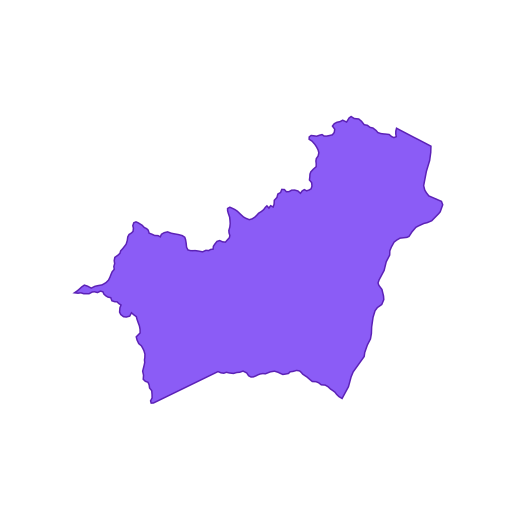 Quiterianópolis, Ceará, Brazil (orthographic projection), rotated 208°
{"feature_id": "56859067B30046972557258", "entity_name": "Quiterianópolis", "entity_type": "district", "adm_level": 2, "iso_a3": "BRA", "parent_name": "Brazil", "parent_adm1": "Ceará", "projection": "orthographic", "projection_center": [-40.719, -5.874], "detail": "fine", "context": "isolated", "style": "filled", "palette": "violet", "viewbox_px": 512, "rotation_deg": 208, "n_neighbors": 0, "source": "geoboundaries", "source_scale": "gbopen_adm2", "svg_char_len": 4167}
<svg xmlns="http://www.w3.org/2000/svg" viewBox="0 0 512 512"><g transform="rotate(208 256 256)"><path d="M115.2,388.9L117.9,391.3L131.6,390.2L135.2,391.8L137.9,393.4L141.0,396.8L145.3,410.7L147.5,421.8L150.3,429.4L153.1,435.1L167.7,435.0L172.2,434.9L187.9,434.8L191.9,434.8L191.2,432.0L189.9,429.4L188.2,427.2L189.8,425.3L192.3,425.1L195.5,425.8L198.8,424.5L200.9,423.6L203.3,422.7L206.4,422.2L208.9,423.2L212.8,423.9L215.8,423.1L219.0,423.7L222.1,422.7L226.1,424.5L229.6,425.2L233.9,423.5L237.5,423.8L238.6,421.6L238.9,416.8L243.2,416.6L244.9,414.1L247.3,412.1L249.0,409.6L249.5,406.6L246.0,404.9L244.9,401.8L245.5,398.8L247.9,396.7L250.1,394.9L252.2,393.9L254.7,394.2L256.6,392.5L258.7,390.2L261.3,389.3L263.9,388.3L264.9,386.1L263.9,384.0L260.4,383.7L256.4,382.2L253.5,380.6L251.1,378.9L249.0,376.7L248.1,373.4L248.5,370.4L247.7,368.0L246.2,365.8L244.8,363.1L246.2,359.4L247.1,356.1L246.8,353.7L245.7,351.3L244.5,348.2L241.3,346.9L239.4,344.0L238.9,341.2L240.1,339.2L241.9,337.3L244.5,337.3L245.8,335.1L246.2,332.2L249.5,333.1L252.7,332.4L255.4,330.9L257.1,328.3L259.4,327.0L262.1,328.0L264.5,326.9L264.1,323.6L265.8,321.0L265.0,317.5L266.0,313.8L264.3,310.1L263.9,307.3L266.7,307.3L267.1,304.4L269.9,305.4L270.6,303.3L271.0,300.5L272.2,297.7L273.8,295.0L274.4,292.5L275.3,289.7L276.9,286.9L279.0,284.9L283.0,284.5L285.5,284.6L289.7,285.7L293.6,286.8L296.5,287.1L299.3,287.0L302.0,286.8L303.4,284.6L302.3,282.6L300.6,280.8L297.5,277.9L295.6,275.1L294.0,272.5L292.7,269.3L292.0,265.9L290.7,263.8L288.7,261.8L288.1,259.7L288.8,256.9L289.5,253.9L292.2,252.8L295.3,252.6L297.3,250.6L297.9,247.5L298.2,244.6L297.1,241.9L299.1,240.5L300.3,238.6L302.9,237.5L305.1,234.6L309.0,233.4L312.3,232.2L314.3,231.0L316.3,230.0L318.9,229.4L321.4,231.1L323.6,234.4L325.9,237.4L327.7,239.1L330.7,239.4L334.6,238.5L338.6,237.2L341.6,236.3L345.4,235.8L348.0,233.5L349.7,230.8L349.5,228.0L352.1,228.0L355.2,226.5L357.9,226.4L361.1,226.0L363.3,228.2L365.4,228.8L368.0,228.7L371.0,229.7L375.5,230.0L378.0,229.8L379.5,228.0L379.0,224.9L377.3,223.0L376.1,220.0L376.8,217.8L378.2,215.4L378.2,212.7L376.9,209.1L376.2,205.4L376.7,202.5L377.1,200.1L377.9,197.0L377.4,194.5L378.2,192.1L380.0,188.5L379.0,185.3L377.2,182.9L376.6,180.0L374.9,177.7L375.6,174.5L375.3,171.1L375.0,168.8L374.9,165.5L375.9,162.2L377.2,160.0L378.5,158.1L381.7,155.6L384.0,153.6L386.4,150.3L390.6,150.3L393.9,149.7L395.4,146.8L396.4,143.9L397.4,141.4L399.0,138.3L395.7,139.6L393.3,141.3L390.5,141.8L388.2,143.0L385.7,144.3L383.7,147.3L381.8,148.6L378.8,149.3L376.8,152.0L374.4,152.5L372.3,150.9L369.8,150.3L367.4,150.2L364.7,151.0L362.2,148.8L359.3,149.3L357.2,150.3L354.7,149.6L352.2,149.4L351.8,146.3L350.1,142.4L347.9,140.8L344.5,140.2L341.9,141.2L339.3,143.6L339.3,147.4L336.4,146.7L333.2,146.3L331.6,144.5L328.8,141.9L326.2,139.6L324.0,136.9L322.2,133.7L323.8,128.4L321.6,126.0L318.4,123.6L315.1,122.9L313.0,121.6L310.5,119.8L308.0,117.2L306.5,114.2L305.7,111.9L304.3,109.8L303.6,107.5L302.8,104.3L302.0,101.1L299.3,97.9L297.7,94.2L294.9,93.4L292.1,93.8L289.9,92.1L288.0,89.5L284.8,88.1L282.7,84.8L281.1,81.9L281.1,78.6L279.5,76.9L277.5,78.1L235.3,136.1L232.1,136.4L229.4,137.4L227.6,139.4L224.7,140.2L220.8,141.7L218.3,144.1L215.8,145.7L213.4,148.3L209.3,148.4L206.3,146.8L203.6,146.8L201.6,148.0L199.8,150.1L198.5,152.0L196.9,153.8L194.8,155.4L192.4,156.4L189.0,160.4L185.6,163.0L181.9,163.7L179.3,163.8L176.7,164.0L174.3,165.8L172.2,167.5L171.5,169.8L169.2,171.4L166.5,174.0L163.6,175.0L161.5,174.5L159.2,173.6L156.5,173.3L154.2,173.1L150.3,172.2L147.4,171.6L144.0,173.2L141.2,173.5L137.9,172.9L134.3,174.5L131.0,174.4L127.7,173.5L124.7,173.2L122.3,172.8L119.9,171.7L116.8,170.8L113.1,170.6L113.0,184.0L115.3,194.0L115.8,199.3L113.3,218.0L114.7,221.9L115.9,229.7L116.0,236.5L117.7,241.7L120.6,247.7L123.9,256.9L125.2,263.6L124.6,267.5L122.2,272.2L122.7,277.5L124.6,280.5L129.1,285.6L133.8,287.8L135.6,289.5L136.1,292.8L136.1,303.4L138.3,312.0L138.4,319.6L140.3,323.4L140.7,327.5L140.6,333.1L139.2,336.2L137.2,339.4L131.5,343.3L130.1,345.1L129.6,350.6L128.3,356.4L126.7,358.8L123.0,363.6L120.5,365.8L117.4,369.6L114.6,379.1L114.1,381.5L115.2,388.9Z" fill="#8b5cf6" stroke="#5b21b6" stroke-width="1.5"/></g></svg>